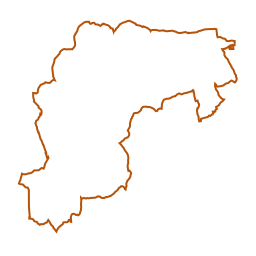 Varbilau, Prahova, Romania (Robinson projection), rotated 273°
{"feature_id": "2599482B35718345060420", "entity_name": "Varbilau", "entity_type": "district", "adm_level": 2, "iso_a3": "ROU", "parent_name": "Romania", "parent_adm1": "Prahova", "projection": "robinson", "projection_center": [25.962, 45.161], "detail": "fine", "context": "isolated", "style": "outline", "palette": "amber", "viewbox_px": 256, "rotation_deg": 273, "n_neighbors": 0, "source": "geoboundaries", "source_scale": "gbopen_adm2", "svg_char_len": 5808}
<svg xmlns="http://www.w3.org/2000/svg" viewBox="0 0 256 256"><g transform="rotate(273 128 128)"><path d="M231.3,211.1L231.6,209.1L231.3,208.4L231.1,204.7L230.4,199.1L228.8,195.0L228.6,193.8L227.8,192.8L227.2,191.6L226.1,184.3L225.9,183.4L226.2,183.3L226.0,182.6L226.8,180.6L226.8,180.2L225.7,175.9L225.6,173.1L226.5,171.0L227.5,167.1L226.6,161.4L227.3,158.6L227.1,158.5L227.2,157.4L226.7,153.9L227.1,152.7L227.4,149.8L227.1,146.9L226.5,145.7L226.0,145.5L227.0,144.9L228.9,142.1L230.3,137.9L229.6,137.4L230.8,134.8L231.3,131.3L231.8,130.3L232.5,130.2L235.2,123.9L234.8,122.0L233.4,119.0L232.9,117.4L230.9,114.3L230.4,114.2L229.7,113.5L228.1,112.6L226.3,110.7L225.4,110.6L223.9,109.3L224.4,108.6L223.7,108.5L226.5,107.4L226.6,105.9L227.3,105.5L227.5,104.7L228.3,104.5L229.2,103.3L229.7,102.0L230.1,100.1L230.8,98.6L230.8,98.2L230.5,97.9L230.8,97.5L230.7,97.3L230.2,97.0L229.9,96.5L229.2,96.0L228.5,95.0L229.2,93.9L229.8,92.1L229.7,90.4L230.2,89.6L231.1,89.0L231.3,88.6L231.3,88.0L230.9,86.6L230.2,85.9L230.1,84.8L231.3,83.8L232.0,83.6L231.9,80.8L231.5,79.5L230.8,78.3L227.1,74.0L224.9,72.8L222.7,72.4L219.8,71.0L219.7,70.7L218.2,70.2L217.3,69.6L216.2,69.5L213.1,69.9L211.3,70.5L208.2,70.9L206.9,70.5L204.5,69.0L203.7,68.2L203.8,67.1L203.5,66.1L203.6,64.8L203.2,62.5L203.5,61.4L203.5,60.6L203.4,59.8L202.7,58.4L200.7,56.3L198.1,55.5L197.7,54.9L195.8,53.5L193.2,51.2L189.5,50.7L185.2,49.4L184.2,49.2L178.7,50.1L177.1,50.5L175.7,50.5L172.0,52.3L172.4,51.4L171.2,49.6L169.3,48.0L168.9,47.1L168.9,45.6L169.3,43.0L168.2,42.3L167.7,40.9L166.4,38.4L163.0,36.5L161.4,36.1L159.3,36.0L158.4,35.7L157.6,34.5L158.0,33.4L158.0,31.4L153.7,31.8L150.6,32.8L149.6,32.6L145.1,37.5L144.3,37.5L143.7,37.7L141.8,40.1L141.1,40.6L139.3,40.9L137.1,40.7L137.7,39.7L135.4,39.4L134.2,38.8L133.8,38.2L132.8,38.1L131.5,37.5L130.5,36.0L127.7,35.3L127.0,35.8L125.7,36.1L124.5,36.9L121.9,37.4L120.7,38.0L119.0,38.5L119.0,39.0L117.6,39.3L117.4,39.6L114.5,40.5L112.0,41.5L111.2,42.2L106.8,44.1L106.7,44.4L101.9,46.3L99.3,47.5L98.5,47.7L98.4,47.1L96.0,48.2L94.5,48.5L95.2,49.6L94.0,49.8L93.8,50.1L88.6,47.4L87.2,46.9L84.7,46.5L83.0,45.9L83.6,43.9L81.1,41.0L80.7,36.5L78.9,34.9L77.8,33.2L77.6,31.2L77.0,30.1L76.3,27.6L76.4,25.5L76.8,24.5L74.4,24.1L72.2,23.5L70.3,23.3L69.6,22.8L66.8,22.0L66.2,23.7L66.1,25.7L65.8,26.4L64.7,27.4L63.5,28.8L63.3,29.2L63.3,30.8L63.1,31.1L61.1,32.2L44.0,33.2L33.6,34.6L33.6,34.1L32.3,34.2L32.4,35.3L32.2,37.2L31.9,37.5L31.5,38.4L30.2,39.2L29.7,40.1L29.6,41.5L29.0,42.4L28.0,42.7L27.6,43.7L26.7,45.0L27.5,46.2L27.4,47.3L27.7,49.0L29.0,50.6L29.4,51.9L31.9,53.2L29.4,55.1L29.0,55.2L27.1,56.5L26.7,56.9L26.5,57.5L24.8,58.8L24.0,58.9L23.9,59.3L20.8,61.9L22.7,62.6L24.8,63.9L25.4,64.3L28.6,67.9L30.4,68.5L30.8,72.3L31.5,73.1L32.9,73.6L33.3,74.5L31.2,75.9L31.2,76.2L35.7,75.6L37.9,76.0L39.1,76.8L39.5,77.8L39.4,78.5L39.2,79.4L38.4,80.8L38.8,82.1L38.2,82.8L38.5,83.3L39.7,84.3L43.7,85.3L46.4,85.4L49.6,85.0L52.4,85.2L55.8,84.8L55.2,85.4L55.1,86.2L55.9,87.5L55.6,88.3L55.4,89.9L55.9,90.9L55.7,92.3L56.2,94.4L56.7,99.0L58.1,101.4L58.0,101.7L58.2,102.2L58.0,103.0L58.0,103.7L57.3,104.3L56.7,105.9L56.9,107.2L56.8,107.9L58.0,109.7L57.8,110.3L58.2,111.6L59.1,113.3L59.1,114.0L61.8,117.3L63.4,118.5L65.2,120.5L66.4,121.5L67.4,121.8L68.7,123.6L69.5,124.2L69.4,124.7L69.6,125.2L69.2,126.5L67.9,127.7L66.8,128.1L66.4,128.8L68.6,129.1L70.0,129.6L72.0,129.2L73.1,129.4L75.5,130.3L76.8,131.4L79.1,132.8L81.2,133.0L82.5,133.5L83.1,133.5L83.7,133.3L84.6,132.4L85.6,131.7L85.2,130.7L86.2,130.3L90.0,129.6L91.5,129.7L92.9,130.1L95.0,129.8L98.5,129.9L100.9,129.3L102.6,128.5L105.7,125.9L108.1,124.6L108.9,123.6L110.0,122.9L112.4,120.4L112.8,121.2L114.5,122.7L115.3,124.0L117.3,125.4L118.2,127.3L119.0,128.6L120.7,129.5L121.9,129.6L122.8,129.5L124.0,128.9L125.5,127.9L128.8,129.6L129.8,129.8L133.0,129.8L137.0,130.6L137.8,131.3L139.0,131.4L140.1,132.2L142.8,133.0L143.3,134.0L143.6,136.7L144.4,137.9L146.4,139.9L148.3,140.5L149.8,141.7L150.0,142.4L150.3,145.4L150.0,146.3L150.0,149.0L148.7,152.4L146.4,154.9L146.3,155.3L146.4,156.0L146.7,156.4L148.0,156.9L148.5,157.5L149.2,159.2L148.9,160.6L152.5,160.6L154.4,160.8L158.0,162.2L159.1,164.5L159.6,167.8L161.6,171.2L161.8,171.9L162.2,172.7L162.2,173.5L164.1,175.3L165.1,176.9L165.1,177.9L164.5,179.2L164.4,179.8L165.6,182.3L166.0,184.2L166.9,186.8L167.4,187.8L167.8,189.4L169.3,190.9L168.6,191.5L167.3,191.8L167.0,191.6L166.5,192.0L164.5,192.5L163.4,192.6L159.5,193.7L158.4,194.2L158.6,194.7L159.0,196.0L156.9,196.8L155.3,197.8L152.8,197.5L151.7,196.7L151.3,196.7L151.3,196.3L150.9,196.3L149.5,195.9L145.6,196.6L142.9,197.9L140.2,198.2L138.3,198.9L138.5,200.2L138.7,200.4L141.0,200.5L143.3,207.3L144.7,208.4L144.7,208.8L144.4,209.6L145.6,210.8L146.1,211.9L146.7,211.9L147.1,212.5L148.8,211.9L148.8,212.4L148.2,212.7L148.8,214.0L149.1,214.3L150.0,214.1L151.2,215.1L151.8,215.8L152.4,215.2L153.6,214.8L154.3,216.0L155.9,217.9L158.0,218.9L160.1,221.4L161.5,222.4L161.6,221.8L162.3,219.9L165.1,217.2L166.2,216.5L167.0,216.5L168.7,215.8L170.2,214.7L171.0,213.9L174.6,212.7L176.7,212.7L176.2,213.3L174.3,214.7L174.0,215.3L174.6,218.2L175.4,220.8L177.6,223.7L178.1,225.7L179.4,227.0L180.8,228.8L180.4,230.1L179.2,231.8L179.1,232.5L181.1,233.7L182.5,234.0L183.5,233.9L184.4,233.3L186.3,233.1L187.7,231.9L191.4,230.4L194.0,228.3L195.0,228.0L198.9,225.4L201.7,224.1L203.9,221.7L205.5,220.6L206.2,220.4L208.2,220.4L209.3,219.8L210.1,218.8L211.6,218.0L211.5,219.1L211.7,219.4L212.0,219.4L212.3,220.3L212.2,221.1L213.2,222.1L213.7,223.4L214.9,224.5L214.9,224.9L213.5,224.9L212.9,225.1L214.0,225.9L216.0,226.0L216.1,226.4L215.5,226.6L212.2,226.4L212.4,229.1L216.2,228.5L216.0,229.1L216.2,230.1L220.4,230.0L220.7,227.5L220.6,226.1L220.0,224.2L220.0,222.3L220.3,221.8L221.4,221.0L222.2,220.0L222.4,218.1L223.7,215.4L223.3,212.8L224.8,212.2L231.3,211.1Z" fill="none" stroke="#b45309" stroke-width="2"/></g></svg>